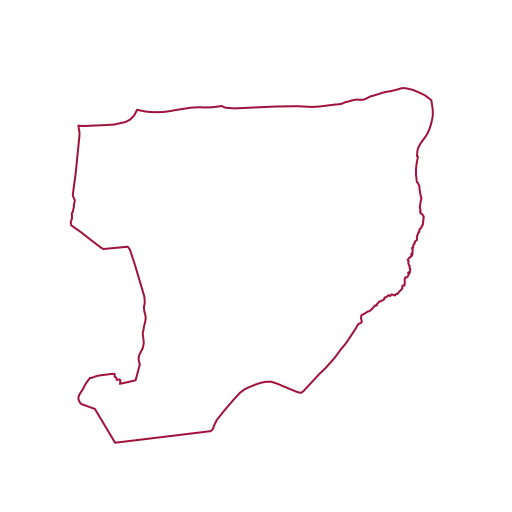 Non Suwan, Buri Ram, Thailand (Mercator projection), rotated 170°
{"feature_id": "78962969B59814899315802", "entity_name": "Non Suwan", "entity_type": "district", "adm_level": 2, "iso_a3": "THA", "parent_name": "Thailand", "parent_adm1": "Buri Ram", "projection": "mercator", "projection_center": [102.532, 14.565], "detail": "fine", "context": "isolated", "style": "outline", "palette": "rose", "viewbox_px": 512, "rotation_deg": 170, "n_neighbors": 0, "source": "geoboundaries", "source_scale": "gbopen_adm2", "svg_char_len": 5928}
<svg xmlns="http://www.w3.org/2000/svg" viewBox="0 0 512 512"><g transform="rotate(170 256 256)"><path d="M331.4,91.4L330.1,91.9L329.2,92.5L328.1,93.7L326.6,96.5L323.1,101.3L313.6,109.7L302.2,119.0L295.5,124.1L289.9,126.9L285.9,127.9L278.9,129.5L273.2,130.3L268.5,130.4L263.2,129.7L257.5,126.7L242.4,117.0L241.8,116.7L240.1,115.5L236.4,113.7L235.7,113.5L235.0,113.6L232.7,114.7L214.8,128.3L206.6,133.8L195.6,142.6L194.6,143.6L187.8,150.1L183.6,153.5L181.1,155.9L171.1,166.5L167.3,170.9L167.1,171.0L166.1,171.5L165.5,171.6L165.0,171.7L164.6,171.8L163.9,172.2L163.5,172.5L163.3,173.0L163.2,173.5L163.3,174.6L163.4,175.8L163.4,176.4L163.0,178.0L162.4,179.3L162.2,179.5L159.3,180.3L155.3,182.0L154.2,181.9L153.9,182.0L152.6,182.7L151.8,183.1L147.3,186.6L147.1,186.7L146.6,186.3L146.5,186.2L146.2,186.3L145.4,186.7L145.3,186.9L145.0,187.7L143.7,188.7L142.5,189.7L142.2,189.8L141.0,189.7L140.8,189.8L140.2,190.2L139.8,190.3L138.5,190.4L138.0,190.6L137.3,191.3L136.7,192.6L136.5,192.8L136.1,192.8L135.4,192.7L135.1,192.8L133.7,193.5L133.2,194.0L132.3,194.3L132.1,194.3L131.9,194.2L131.6,193.7L131.3,193.5L131.0,193.4L130.7,193.4L130.3,193.6L129.6,194.4L129.3,194.5L129.1,194.5L128.4,194.3L127.7,194.0L126.7,193.2L126.3,193.1L125.9,193.2L125.3,193.8L124.7,194.2L124.3,194.2L123.6,194.0L123.3,194.0L122.9,194.4L122.6,194.8L121.6,195.6L119.5,197.2L118.7,197.6L117.5,198.8L117.4,199.0L117.5,199.5L117.4,199.8L117.2,201.0L116.7,201.3L116.2,201.3L115.2,201.1L114.9,201.2L114.8,201.5L114.7,202.6L114.3,203.2L114.2,203.5L114.0,205.3L113.8,205.8L113.7,207.1L113.6,207.4L113.1,208.0L112.9,208.8L112.7,209.0L112.4,209.0L111.6,208.8L110.5,209.1L110.3,209.3L109.7,210.1L108.8,211.2L108.8,211.3L108.8,211.5L109.1,212.3L109.1,212.8L109.0,213.1L108.9,213.2L108.7,213.3L108.5,213.1L108.2,212.7L107.9,212.5L107.7,212.5L107.4,212.9L107.5,213.4L107.4,213.7L107.1,214.3L106.9,215.1L106.3,216.2L106.3,216.6L106.7,217.5L106.8,218.5L106.7,218.7L106.5,219.0L106.4,219.5L106.5,219.8L107.0,220.6L107.1,220.8L107.2,222.9L107.2,223.1L106.6,224.0L106.6,224.4L106.8,224.9L107.1,225.3L107.3,225.8L106.6,226.3L106.1,227.1L105.3,227.7L104.8,227.7L104.6,227.8L104.2,228.2L102.4,229.2L102.3,229.3L102.2,229.5L102.8,230.2L102.9,230.3L102.9,230.6L102.8,230.8L102.6,230.9L101.7,230.9L101.5,231.0L101.4,231.3L101.7,231.6L101.7,231.9L101.1,233.1L101.0,233.7L100.7,234.3L100.5,235.0L100.6,235.5L101.0,236.1L101.1,236.3L101.1,236.6L100.8,236.8L99.7,237.2L99.6,237.3L99.5,237.5L99.5,237.8L99.6,238.5L99.2,239.1L99.0,239.5L98.1,240.4L97.7,240.6L97.5,240.8L97.4,241.2L97.5,242.0L97.4,242.2L96.4,242.9L95.3,243.4L94.7,244.0L94.4,245.0L94.5,246.1L94.5,246.3L94.0,246.8L94.0,247.6L92.7,249.6L92.3,249.9L92.0,251.0L91.9,251.2L91.6,251.3L91.3,251.4L91.1,251.4L90.9,252.1L90.5,252.7L90.6,253.5L90.4,253.8L89.9,254.2L89.2,254.5L88.5,255.0L88.3,255.3L88.2,255.9L88.0,256.1L87.4,256.4L86.9,257.0L86.6,257.7L86.1,258.2L86.0,258.4L86.0,259.1L85.6,259.7L85.6,260.3L85.3,260.9L85.3,261.2L85.4,261.7L85.3,261.9L84.9,262.3L84.6,262.9L84.7,263.7L84.0,265.4L84.0,265.9L84.2,266.2L84.5,266.6L84.6,267.2L85.3,268.5L85.9,268.9L86.1,269.1L86.6,270.2L86.7,270.5L86.8,270.9L86.7,271.1L86.2,271.5L86.0,271.8L86.1,272.1L86.3,272.8L86.1,273.2L86.1,273.8L85.9,274.4L86.0,274.7L86.3,275.1L86.3,275.4L85.6,277.0L85.1,279.1L84.1,281.9L83.0,284.0L83.3,285.7L83.3,286.8L83.4,289.1L83.3,290.8L83.3,292.8L83.4,293.7L83.0,295.9L83.0,296.4L83.4,298.0L83.9,299.8L84.6,300.8L84.7,301.5L84.7,303.0L84.5,304.3L84.4,305.2L84.4,308.0L83.8,310.7L83.6,312.2L83.5,313.6L83.4,313.9L82.6,316.0L82.2,318.0L79.8,324.3L79.5,325.0L79.4,325.7L80.0,326.3L80.1,326.5L80.1,326.8L79.8,327.5L78.9,331.2L78.1,333.2L76.8,335.4L76.1,336.1L74.3,338.4L73.9,338.8L71.6,341.0L68.4,344.1L66.7,345.9L65.9,346.8L63.6,350.2L61.1,354.7L58.7,360.2L57.7,363.0L57.2,365.4L56.5,369.9L56.3,379.0L61.6,384.8L65.1,387.4L69.1,390.1L72.8,392.4L77.6,394.5L80.6,395.5L83.3,396.0L87.0,395.5L94.7,394.9L97.8,395.1L102.9,394.8L112.6,393.5L115.7,393.3L116.1,393.2L120.3,391.8L122.7,391.3L123.4,391.3L126.7,391.8L127.7,392.1L129.5,392.5L130.4,392.6L132.8,392.7L135.8,392.4L137.7,392.1L141.7,391.9L144.6,391.1L148.2,391.0L151.4,391.4L159.8,391.8L167.6,392.2L174.5,393.0L181.8,394.6L189.6,396.4L210.7,399.8L251.6,405.1L259.5,407.1L261.5,408.0L263.6,409.6L273.3,410.1L276.4,410.5L281.3,411.3L285.2,412.2L288.6,412.7L294.6,413.4L311.3,413.7L313.5,413.6L317.9,413.7L322.3,413.9L327.2,414.6L332.1,415.5L336.0,416.4L339.8,417.5L347.7,420.6L351.5,415.6L356.5,412.1L361.4,410.6L373.0,410.1L383.3,411.3L402.9,413.9L408.2,415.1L408.4,411.9L408.4,408.1L409.1,404.7L419.0,369.6L419.8,366.8L422.7,358.0L425.8,347.9L425.9,347.2L424.8,342.6L424.8,342.1L425.0,341.5L426.4,338.1L426.8,336.0L428.2,332.8L428.9,330.9L429.0,330.8L429.4,330.6L429.7,330.4L429.9,330.0L430.2,328.3L430.5,326.1L430.7,324.9L431.3,323.8L431.9,322.8L432.4,322.0L432.6,321.2L432.7,320.3L432.5,318.2L424.3,309.9L412.7,297.0L407.0,291.0L405.2,289.4L380.7,287.4L379.0,284.0L378.4,279.4L378.2,278.4L376.9,269.4L374.2,245.9L373.1,236.5L373.1,233.6L373.6,230.3L373.7,229.4L374.3,227.3L375.3,225.1L375.4,224.8L375.4,223.3L375.6,221.2L375.2,216.2L375.5,213.7L376.5,210.6L378.3,206.6L378.8,205.5L379.0,204.9L379.2,204.0L379.5,203.1L380.8,200.1L381.2,197.5L381.2,194.7L381.6,190.2L381.7,189.6L382.0,188.7L383.1,185.9L383.7,184.8L384.2,184.0L385.7,182.1L387.3,180.0L389.0,177.3L389.5,174.6L389.6,173.5L389.5,172.1L389.4,171.1L389.4,170.4L389.2,169.4L396.2,154.5L407.6,153.9L412.0,153.8L411.7,155.2L411.2,156.7L411.2,157.0L411.7,158.1L414.5,158.2L414.7,158.3L414.7,160.1L414.8,160.4L415.0,160.7L416.1,161.6L416.1,162.5L415.7,163.9L415.7,164.1L415.8,164.3L416.1,164.6L417.8,164.8L420.2,165.0L427.5,165.4L430.8,165.5L433.2,165.5L437.1,164.9L438.0,164.7L439.3,164.6L440.7,164.7L444.7,161.0L445.8,159.9L448.7,156.1L449.8,154.7L452.8,151.6L454.6,149.3L455.4,147.5L455.7,146.1L455.5,144.5L455.1,143.0L454.4,141.4L453.3,140.2L450.3,138.6L441.2,133.3L427.2,96.6L331.4,91.4Z" fill="none" stroke="#9f1239" stroke-width="2"/></g></svg>